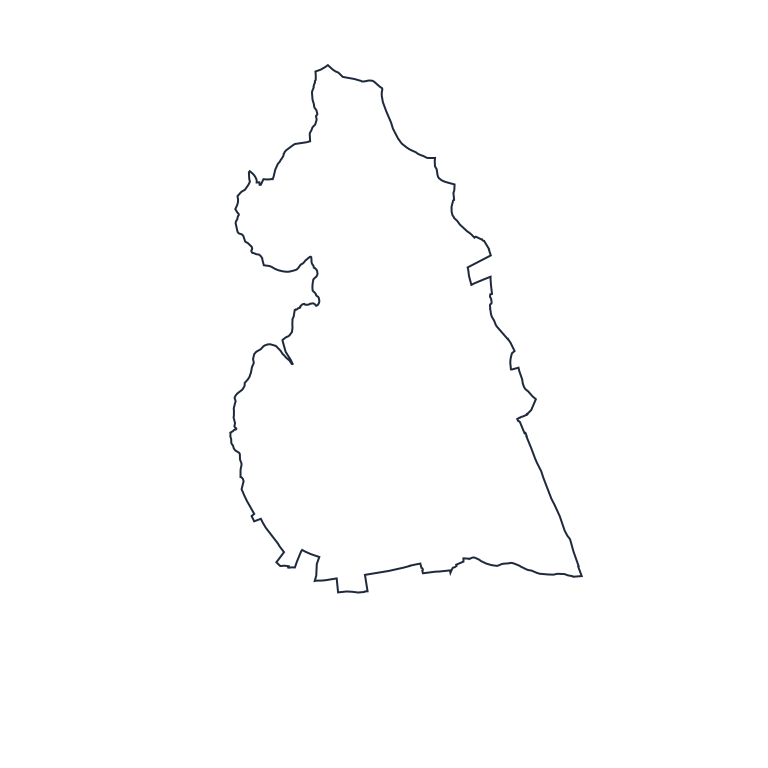 outline of Sanger, Mures, Romania, rotated 227°
{"feature_id": "2599482B36183363035498", "entity_name": "Sanger", "entity_type": "district", "adm_level": 2, "iso_a3": "ROU", "parent_name": "Romania", "parent_adm1": "Mures", "projection": "albers", "projection_center": [24.16, 46.55], "detail": "fine", "context": "isolated", "style": "outline", "palette": "slate", "viewbox_px": 768, "rotation_deg": 227, "n_neighbors": 0, "source": "geoboundaries", "source_scale": "gbopen_adm2", "svg_char_len": 6130}
<svg xmlns="http://www.w3.org/2000/svg" viewBox="0 0 768 768"><g transform="rotate(227 384 384)"><path d="M514.5,575.5L518.8,570.8L520.2,569.6L524.1,568.2L526.6,566.8L529.6,565.7L531.9,565.3L537.5,562.9L541.5,561.9L547.3,561.0L549.2,561.1L554.0,561.7L564.7,564.7L570.2,567.4L582.1,571.7L590.9,575.4L596.3,578.9L598.5,580.9L600.7,583.8L601.6,584.3L604.3,583.7L612.2,582.9L614.0,582.1L616.3,579.9L618.7,576.0L620.1,574.3L621.5,573.8L627.2,570.4L636.7,563.3L642.9,563.0L645.7,561.7L648.7,561.0L655.5,560.4L655.9,557.2L657.1,552.0L659.3,547.0L657.1,545.3L653.2,541.7L652.9,541.3L652.6,539.9L651.4,538.9L651.2,538.1L649.6,535.3L648.8,534.8L647.3,531.5L646.3,530.1L640.9,525.8L636.4,523.5L634.3,522.0L633.4,521.6L630.4,521.3L627.0,519.5L626.5,518.6L626.4,517.2L626.1,516.8L623.2,515.0L621.0,511.2L620.6,510.1L620.6,507.7L620.3,506.3L619.3,504.5L618.1,501.0L617.2,499.9L611.9,495.5L613.7,492.1L620.3,482.5L620.6,481.1L621.7,471.7L621.4,469.5L621.0,468.9L620.8,467.6L620.1,467.0L619.4,465.8L618.6,463.1L618.4,461.6L617.6,459.1L617.4,456.5L614.9,450.6L611.0,444.8L609.7,442.3L610.7,441.5L611.2,440.5L613.2,438.1L616.0,435.5L613.7,429.8L614.5,428.9L616.5,430.4L618.2,428.3L619.5,429.6L620.8,430.3L623.6,431.2L626.3,431.5L631.2,431.0L631.0,429.6L625.9,425.3L623.4,423.9L622.2,420.8L620.9,414.8L621.7,411.4L621.8,410.0L621.3,405.0L618.1,402.8L616.2,400.7L614.8,398.2L613.3,394.5L609.3,393.7L607.2,393.6L606.5,392.8L606.4,392.0L606.0,391.0L604.5,389.0L604.0,386.9L602.9,385.2L595.2,380.7L593.2,380.5L590.3,382.1L589.4,382.2L588.0,382.0L582.8,379.6L580.0,380.5L574.6,380.8L573.0,380.0L572.3,379.0L572.2,378.1L571.5,377.5L569.8,377.1L568.2,378.2L566.0,379.1L564.0,380.8L561.8,381.1L558.9,380.7L558.4,380.1L552.8,377.1L548.5,380.6L546.3,381.7L542.5,382.8L539.1,384.4L535.2,387.0L532.3,389.5L530.8,391.3L528.5,395.4L527.3,398.0L527.3,400.3L528.1,404.5L527.5,407.0L527.5,408.1L527.9,410.6L527.6,416.2L527.1,417.2L526.4,417.3L523.7,415.2L523.1,414.5L521.2,413.4L518.3,412.9L516.9,412.0L515.5,412.6L513.2,412.5L512.4,412.2L510.1,410.7L509.5,409.9L508.6,407.6L508.8,406.6L508.7,403.7L506.6,400.9L504.4,398.4L501.7,396.0L500.8,395.5L497.2,395.6L496.1,395.4L495.2,394.9L494.1,394.9L492.7,395.3L491.2,394.9L488.6,393.2L487.5,391.4L487.0,389.6L487.4,387.7L489.6,387.8L491.2,387.3L492.1,386.2L492.5,385.3L493.1,384.8L493.3,383.4L494.3,381.9L495.8,380.4L496.8,380.4L497.6,379.4L497.9,378.6L497.9,375.5L497.1,374.9L497.1,374.4L498.0,372.8L497.9,371.6L498.1,370.7L498.7,370.4L498.7,369.7L499.0,369.2L494.9,363.9L493.9,361.4L490.1,357.6L487.4,355.3L484.8,352.1L484.1,348.4L484.1,346.8L485.0,344.2L485.4,340.5L485.4,339.8L485.0,339.4L474.6,334.0L465.2,332.2L461.0,330.9L461.1,330.5L461.5,330.2L465.5,330.9L469.7,330.4L473.7,330.5L474.8,330.3L478.7,331.0L485.6,330.9L490.8,327.8L492.3,325.9L493.6,322.9L493.8,321.4L493.5,317.7L493.7,316.6L494.4,313.9L494.7,312.1L494.3,309.3L491.5,305.2L488.4,303.3L487.9,302.6L486.8,299.8L485.9,298.3L482.7,293.9L482.5,293.2L481.0,290.6L480.2,287.5L479.8,282.9L478.2,281.3L477.4,280.0L476.5,276.5L477.1,270.1L476.9,268.4L476.4,266.6L475.8,265.3L472.5,263.7L471.6,262.0L468.5,257.3L467.1,256.3L463.1,252.5L462.3,251.3L456.9,248.3L455.1,245.7L453.7,245.4L452.5,245.7L451.9,245.4L451.8,244.6L452.6,243.2L452.7,242.7L452.5,241.6L453.2,238.4L452.5,238.0L450.5,235.9L448.0,234.7L445.1,232.2L443.7,231.7L442.0,231.6L439.3,230.2L436.9,229.9L432.6,231.1L431.1,230.8L427.0,227.2L423.1,225.6L421.6,224.2L420.5,222.4L418.7,220.2L413.8,215.6L413.2,216.1L411.0,216.1L408.6,215.0L404.2,208.1L396.9,205.5L391.7,203.9L377.5,200.5L377.7,197.1L372.1,195.4L369.4,202.0L365.0,200.7L359.5,199.5L339.5,197.6L336.4,196.9L329.2,196.2L327.0,183.7L321.6,184.0L319.0,187.3L315.7,190.0L315.1,188.8L314.4,189.3L312.9,191.4L310.6,193.7L313.7,199.6L318.0,209.0L318.5,210.9L315.1,212.1L309.6,214.4L301.6,218.7L298.2,212.1L290.0,203.7L287.2,199.0L286.4,200.3L282.8,204.3L280.3,207.5L274.1,216.8L262.9,208.3L257.8,215.1L253.9,218.9L249.1,222.9L245.3,227.8L245.3,228.6L243.6,230.6L257.4,239.9L244.1,259.9L236.4,273.0L233.3,278.8L233.5,278.9L231.2,282.8L227.9,288.1L224.0,286.0L223.2,286.3L222.2,286.1L221.5,285.6L221.4,284.7L219.0,283.4L211.7,293.6L209.1,296.6L202.7,305.1L200.6,303.8L202.0,306.9L202.6,308.7L202.6,309.3L201.7,310.9L201.5,313.1L202.6,313.6L199.9,321.0L202.3,323.2L198.0,327.3L197.8,327.2L196.8,330.1L196.3,330.9L195.2,331.9L193.6,332.6L190.6,333.8L188.3,334.2L183.0,336.3L178.2,339.1L173.9,342.6L173.2,344.0L172.1,347.1L171.1,348.8L167.5,353.3L167.4,353.7L166.2,355.3L163.8,356.8L158.5,359.2L157.4,359.4L151.6,361.6L149.7,362.5L147.0,364.6L141.6,367.0L139.0,368.5L132.9,374.0L129.0,377.9L127.0,381.3L122.5,385.8L121.5,386.6L118.8,387.9L114.7,390.9L114.0,390.9L108.7,397.6L117.1,401.1L118.1,401.6L118.0,402.1L132.2,408.3L143.0,413.9L144.4,414.3L147.9,414.6L153.5,416.1L167.3,422.3L179.3,426.3L186.0,428.2L206.8,436.6L213.0,439.5L222.0,442.1L226.5,443.7L236.9,448.0L248.5,452.4L248.4,452.7L250.4,453.6L251.8,454.1L252.1,453.2L263.6,457.5L264.7,457.4L265.2,456.9L267.5,457.5L267.0,460.0L266.6,460.4L266.6,461.0L265.9,462.9L265.2,464.1L265.1,464.6L264.5,466.5L264.1,467.1L264.0,468.1L264.6,468.2L264.4,469.5L264.5,473.8L269.3,484.7L273.9,484.2L280.3,484.4L283.6,483.9L286.2,484.3L290.0,486.0L292.9,488.1L301.3,491.8L304.2,493.5L307.3,487.6L308.1,486.8L313.5,490.9L315.8,493.4L317.4,495.6L319.2,498.5L319.1,502.0L327.6,504.6L332.4,505.4L332.4,505.1L349.2,505.7L351.1,506.1L355.1,507.7L359.5,508.7L362.0,509.8L365.5,512.3L366.2,512.5L367.1,513.5L368.9,514.8L369.6,515.6L369.8,516.2L369.6,517.4L370.3,518.4L373.3,520.5L375.5,521.0L377.1,522.8L376.2,524.4L383.5,529.8L387.6,533.1L389.8,535.1L392.7,527.6L396.0,518.8L396.9,515.5L405.2,519.9L409.2,522.9L412.2,524.7L405.2,549.8L410.8,552.4L410.9,552.8L420.3,554.8L420.8,554.4L422.5,554.1L423.1,554.3L423.5,553.8L428.7,551.8L429.3,551.3L429.3,550.0L433.3,549.9L436.4,549.6L438.5,549.0L448.8,548.2L453.2,548.8L457.7,548.5L458.9,549.0L460.5,549.1L463.8,550.9L467.5,554.2L471.0,559.6L471.1,560.0L470.8,560.8L476.4,565.1L477.7,567.5L481.8,571.7L490.1,566.6L493.6,565.1L497.2,564.5L499.0,565.0L500.7,565.9L505.0,568.9L508.5,569.8L512.4,573.1L514.5,575.5Z" fill="none" stroke="#1e293b" stroke-width="2"/></g></svg>